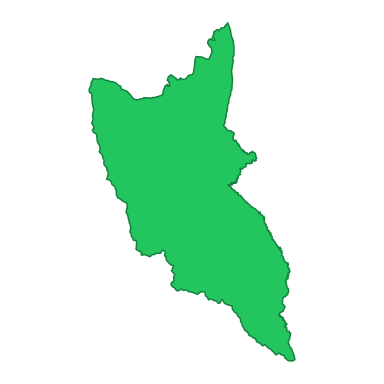 the district of Mueang Phayao, Phayao, Thailand
{"feature_id": "78962969B45148719558135", "entity_name": "Mueang Phayao", "entity_type": "district", "adm_level": 2, "iso_a3": "THA", "parent_name": "Thailand", "parent_adm1": "Phayao", "projection": "albers", "projection_center": [99.913, 19.151], "detail": "fine", "context": "isolated", "style": "filled", "palette": "green", "viewbox_px": 384, "rotation_deg": 0, "n_neighbors": 0, "source": "geoboundaries", "source_scale": "gbopen_adm2", "svg_char_len": 6008}
<svg xmlns="http://www.w3.org/2000/svg" viewBox="0 0 384 384"><path d="M255.8,157.0L255.8,155.1L254.6,152.6L253.1,152.3L252.4,151.4L251.5,152.4L250.4,152.3L249.8,152.8L249.5,153.7L247.7,154.4L247.3,154.3L247.2,153.2L246.5,153.2L246.5,152.7L245.4,152.3L244.7,152.4L244.4,151.5L243.3,151.5L243.5,151.1L242.8,150.6L243.2,150.2L242.4,150.1L240.5,148.3L239.2,145.2L238.5,145.1L238.9,144.8L238.6,144.2L236.1,141.8L236.3,140.7L235.6,140.3L234.3,140.8L233.1,139.5L233.5,139.0L232.8,137.3L233.5,136.2L233.5,135.0L234.0,134.8L233.7,134.0L234.1,133.4L233.2,132.2L231.3,131.5L231.0,130.9L227.5,130.4L226.3,128.3L223.5,125.7L225.1,122.4L224.7,121.7L226.1,116.4L226.4,112.7L227.2,110.9L227.7,105.1L228.9,102.0L228.8,99.6L230.7,94.5L230.6,91.9L231.8,89.8L232.5,79.2L231.5,71.1L233.3,60.7L232.4,57.8L233.7,56.1L234.0,52.2L233.9,46.2L233.2,40.7L231.2,35.5L230.4,29.7L227.8,23.0L225.1,25.8L224.3,27.5L220.7,28.3L219.4,30.5L217.3,29.5L213.9,31.8L213.6,35.1L212.4,37.0L214.4,38.8L214.6,40.3L212.2,40.1L212.0,38.9L210.1,39.0L209.1,39.6L207.7,41.8L207.9,43.5L209.6,46.4L211.4,48.0L212.0,52.1L209.2,58.9L206.8,59.3L201.9,57.0L196.0,56.6L195.0,59.7L194.7,64.9L193.3,73.1L191.8,74.7L188.6,75.4L185.6,79.0L184.8,79.4L182.4,79.3L180.7,78.1L180.2,78.9L179.5,78.8L179.0,79.6L177.3,80.1L175.9,78.3L171.0,74.8L169.1,76.3L167.8,77.9L168.0,79.2L167.2,80.1L168.8,81.5L169.0,82.9L169.7,83.6L169.2,85.2L169.8,86.1L167.9,86.3L167.4,84.6L165.3,85.7L163.3,90.7L162.8,94.6L160.4,95.8L153.4,97.8L152.4,97.4L151.4,98.1L143.9,97.7L142.6,98.8L141.2,98.7L138.4,99.7L136.3,99.9L134.3,99.2L132.4,97.6L130.0,94.3L126.9,91.2L121.5,89.1L120.3,85.9L118.4,85.3L115.7,82.8L112.4,81.7L110.0,81.5L108.2,80.5L106.1,80.4L101.4,78.3L98.4,79.3L93.1,78.6L92.7,80.5L91.5,81.6L90.9,85.3L89.3,89.0L89.2,90.5L89.6,92.4L91.1,93.3L91.7,94.2L92.3,103.5L93.7,109.2L92.6,114.8L92.6,116.8L93.3,118.6L91.8,123.4L93.7,126.2L94.1,127.9L92.4,130.0L93.6,132.6L95.6,133.4L96.6,134.8L97.4,141.8L99.8,146.1L100.1,149.6L99.2,151.9L102.3,154.8L102.9,158.2L104.2,160.3L103.8,162.4L104.1,164.8L106.7,167.7L107.1,170.4L108.2,171.8L108.0,175.0L106.7,179.4L109.2,179.8L111.1,181.6L111.9,184.3L114.8,186.6L115.5,189.3L116.4,190.7L116.2,193.5L117.6,197.8L120.5,199.1L122.2,200.8L126.9,203.2L127.3,206.5L126.1,212.4L127.9,215.6L128.4,218.9L129.3,221.3L129.2,222.7L130.4,224.5L130.3,226.7L131.0,227.9L130.0,230.7L130.0,232.3L131.2,233.9L131.4,236.3L132.9,238.4L133.5,240.3L135.1,240.4L136.7,241.5L136.1,249.4L141.6,252.6L141.7,253.2L141.1,254.5L141.6,255.1L145.0,254.7L150.0,256.7L152.3,254.6L154.4,254.5L156.2,253.3L160.6,253.2L162.0,250.5L163.3,250.5L164.8,251.2L165.3,252.6L164.5,255.6L166.2,257.6L166.2,259.9L169.8,264.0L171.3,265.1L173.5,265.4L173.8,266.0L173.5,267.0L172.6,267.5L172.5,268.8L171.5,270.8L174.7,274.4L173.6,277.3L174.1,280.6L171.3,283.0L171.0,284.3L172.0,286.4L174.5,287.9L176.6,290.6L178.6,290.8L181.1,289.0L183.1,290.4L186.6,289.9L188.5,291.7L191.9,292.1L197.5,294.3L200.6,292.0L203.5,291.7L205.1,292.4L205.4,295.7L207.4,297.2L208.5,299.8L211.2,299.0L214.2,300.7L216.9,301.0L217.6,302.8L218.9,303.3L220.3,302.7L221.5,299.7L222.6,299.8L224.3,303.1L227.5,304.8L231.4,305.8L232.3,306.5L232.3,309.1L234.4,312.0L236.7,313.4L238.0,316.3L240.3,318.5L240.7,321.7L242.1,323.8L242.4,326.2L243.5,327.3L244.5,329.9L247.8,332.5L249.2,335.5L251.7,336.4L253.0,337.8L255.5,338.7L256.6,341.6L260.3,343.5L262.1,345.4L263.3,345.8L265.0,344.6L268.5,348.2L271.1,349.4L272.3,351.1L274.2,352.5L275.5,354.6L276.5,354.7L279.2,353.0L281.1,354.7L283.9,355.4L285.1,358.1L288.2,360.6L292.1,361.0L294.8,359.7L294.3,356.1L291.2,348.0L290.0,347.0L288.1,341.9L289.5,339.0L290.6,333.2L289.5,333.1L289.2,331.4L286.8,330.9L286.7,327.7L284.7,326.8L284.9,326.1L286.4,325.3L286.8,323.9L285.3,323.7L285.6,322.4L284.9,321.8L284.9,321.0L283.1,320.1L283.0,319.6L283.7,319.1L283.0,318.5L283.2,317.6L281.2,316.5L281.2,317.1L280.1,316.9L280.2,316.3L279.1,315.6L280.0,315.2L279.4,314.3L279.5,313.1L283.1,311.2L283.7,309.3L285.0,307.1L284.9,306.3L282.3,303.7L282.9,297.7L285.7,296.3L286.3,295.1L287.4,294.8L288.7,291.3L288.3,288.9L286.7,286.6L286.8,285.2L285.8,283.3L286.3,282.2L285.5,280.9L286.2,280.1L286.1,279.4L287.6,278.9L288.2,277.7L287.1,277.1L288.0,276.8L287.8,276.2L288.4,275.7L287.5,274.6L288.6,274.3L288.3,273.8L288.7,273.1L288.4,272.8L289.3,272.4L290.0,271.4L289.4,270.6L289.2,268.4L287.6,267.3L288.0,265.8L287.7,265.4L288.3,264.8L287.8,264.3L288.1,264.0L287.6,263.5L287.8,263.0L286.1,262.7L284.3,260.7L282.9,256.3L281.9,255.5L281.5,253.9L282.1,253.3L281.7,252.8L282.1,251.8L281.9,251.2L281.5,251.6L280.7,250.2L280.7,249.5L280.2,249.6L280.7,248.8L279.8,248.8L280.1,248.0L279.3,248.2L279.4,247.7L278.7,248.1L278.5,247.1L277.9,247.2L277.8,246.2L275.5,243.6L275.7,243.1L274.9,241.7L272.5,239.7L273.0,239.5L272.3,238.4L272.1,236.7L271.3,235.4L270.4,235.5L270.0,234.2L271.1,233.4L269.8,232.7L269.2,231.9L269.5,231.3L268.5,231.1L268.6,230.3L267.0,229.9L267.5,227.6L265.9,225.7L266.1,224.5L264.5,223.1L264.6,221.9L263.8,220.0L264.3,219.9L264.1,219.4L264.4,219.2L263.8,218.2L264.4,218.0L264.5,217.4L264.0,217.2L263.9,216.3L262.7,216.2L261.8,214.8L260.6,214.6L260.4,213.3L259.5,213.3L259.7,212.4L258.9,213.0L258.9,212.1L257.4,211.2L255.8,209.3L251.5,206.7L247.4,202.9L246.9,202.9L246.5,201.9L245.6,201.5L241.8,197.3L241.7,196.7L240.8,196.3L240.5,195.3L238.2,194.8L238.3,193.4L237.5,193.3L237.6,192.7L235.2,191.9L235.2,191.2L234.4,190.2L233.3,189.8L231.2,187.9L231.2,187.4L228.0,185.1L228.6,184.6L230.0,185.6L230.6,184.3L231.4,184.1L231.4,184.9L232.0,185.0L232.3,184.1L230.8,183.2L231.3,182.7L232.9,182.8L233.4,183.4L235.3,183.3L234.6,182.3L234.1,182.6L234.3,181.7L236.6,182.4L237.2,180.5L236.9,179.2L236.0,179.7L235.8,179.3L238.2,178.2L237.8,176.2L238.6,176.0L239.0,174.9L240.4,174.6L239.8,173.6L240.8,171.6L239.9,168.7L240.6,168.4L242.0,169.2L244.4,167.0L246.1,166.6L245.9,165.2L246.3,164.6L245.9,163.9L246.3,163.6L251.3,163.5L252.4,162.5L251.7,161.5L252.4,160.9L252.5,160.0L253.9,160.4L254.4,161.2L256.1,160.4L255.7,159.2L256.5,158.5L256.6,157.6L255.8,157.0Z" fill="#22c55e" stroke="#15803d" stroke-width="1.5"/></svg>